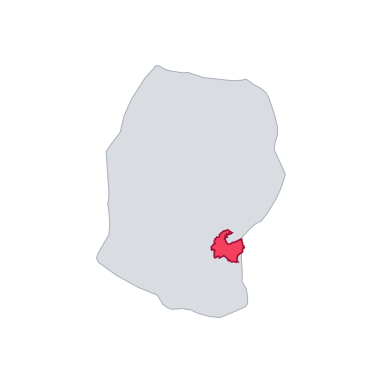 Mphaki, Quthing, Lesotho (highlighted), rotated 326°
{"feature_id": "5366337B73026559585968", "entity_name": "Mphaki", "entity_type": "district", "adm_level": 2, "iso_a3": "LSO", "parent_name": "Lesotho", "parent_adm1": "Quthing", "projection": "natural_earth1", "projection_center": [28.183, -30.161], "detail": "fine", "context": "in_parent", "style": "filled", "palette": "rose", "viewbox_px": 384, "rotation_deg": 326, "n_neighbors": 0, "source": "geoboundaries", "source_scale": "gbopen_adm2", "svg_char_len": 6190}
<svg xmlns="http://www.w3.org/2000/svg" viewBox="0 0 384 384"><g transform="rotate(326 192 192)"><path d="M243.3,251.5L234.3,254.4L233.1,254.7L227.3,254.0L219.7,254.7L213.6,256.4L208.9,257.0L201.3,265.6L187.4,288.8L183.7,293.7L182.7,302.8L179.5,310.0L175.6,315.7L171.7,317.0L160.1,314.8L145.3,311.9L136.7,304.9L129.0,295.7L125.0,289.0L120.8,285.3L119.3,283.3L113.3,280.2L111.0,278.6L109.0,277.4L106.5,273.0L105.1,269.1L105.6,258.3L101.4,251.9L94.1,241.0L89.5,232.0L83.1,219.7L79.2,209.2L75.2,198.3L75.7,193.7L79.5,190.5L90.7,185.0L99.4,180.8L105.6,173.0L112.4,161.4L115.7,154.5L119.0,151.3L122.6,146.4L128.9,135.5L135.9,123.4L143.4,110.5L152.8,106.7L165.8,102.4L178.2,91.0L193.1,81.5L217.0,71.1L228.2,68.5L232.4,67.0L235.1,68.9L238.0,74.9L242.0,79.8L251.5,88.5L255.5,90.6L265.2,103.3L275.6,112.1L287.6,122.2L295.8,127.2L299.9,128.6L303.3,137.6L306.8,144.2L308.8,150.5L308.4,156.5L304.5,171.4L299.0,186.5L294.5,192.8L289.1,196.8L283.8,202.8L281.8,215.0L279.4,229.3L272.5,235.2L267.1,239.0L259.7,243.8L243.3,251.5Z" fill="#d9dde1" stroke="#a8b0b8" stroke-width="1"/><path d="M191.1,275.5L191.0,275.1L190.5,274.4L190.6,274.2L190.9,274.0L191.2,273.9L191.5,273.4L191.7,273.0L191.7,272.9L192.1,272.6L192.2,272.2L192.6,272.1L192.8,271.8L193.1,271.6L193.4,271.4L193.4,270.9L193.4,270.6L194.0,270.5L194.3,270.3L194.7,270.4L195.1,270.3L195.3,270.2L195.8,270.2L195.9,269.9L196.1,269.7L196.6,269.7L196.9,269.7L197.0,270.0L198.1,270.0L198.5,270.3L199.0,270.2L199.5,270.0L199.8,270.1L200.1,270.1L200.4,270.0L200.9,269.4L200.9,268.8L201.1,268.4L201.7,268.3L201.9,268.0L202.3,267.9L202.7,267.5L202.8,267.1L203.1,267.4L203.6,267.5L203.8,267.6L204.1,267.4L204.3,267.4L204.5,267.2L204.5,266.8L204.2,266.3L204.2,266.2L204.3,266.0L204.3,265.8L204.4,265.5L204.6,265.4L204.3,265.2L204.3,264.8L204.4,264.7L204.6,264.6L204.7,264.4L204.7,264.2L204.7,263.6L204.8,263.4L205.1,262.9L205.5,262.4L205.3,262.3L205.3,262.1L205.6,261.5L205.6,261.2L205.8,260.7L206.1,260.0L206.2,259.5L206.6,259.6L206.7,259.3L206.7,258.8L206.6,258.5L206.4,258.2L206.2,258.2L205.6,258.1L205.3,258.2L205.2,258.5L204.9,258.7L204.2,258.3L203.9,257.9L203.6,257.9L203.2,258.0L202.1,258.0L201.8,258.1L201.6,257.9L201.3,257.8L201.0,257.6L200.7,257.4L200.2,257.4L199.6,257.7L199.4,257.7L199.0,257.2L198.4,257.2L198.0,256.8L197.6,256.4L197.4,256.4L196.7,256.3L196.4,256.4L196.0,256.4L195.7,256.7L194.2,256.5L193.8,256.0L193.4,255.8L193.3,255.7L193.1,255.6L192.8,255.4L192.7,255.2L192.3,254.5L192.2,254.3L192.5,254.0L192.5,253.5L192.6,253.4L192.7,253.2L192.6,252.6L192.3,252.4L192.2,252.2L192.5,251.3L192.9,251.0L192.8,249.6L192.8,249.3L192.8,249.0L192.8,248.8L193.2,248.6L193.6,248.2L193.8,248.1L194.0,248.1L193.9,248.3L194.0,248.6L194.0,248.8L194.5,248.2L194.6,247.9L194.7,248.4L195.0,248.7L195.2,249.1L195.3,249.2L195.2,249.0L195.3,249.0L195.6,249.1L195.3,248.5L195.3,248.4L195.7,248.4L196.0,248.6L196.1,248.3L195.8,248.0L195.7,247.8L195.9,247.6L196.2,247.6L196.3,247.4L196.1,247.1L196.1,246.8L196.3,246.8L196.5,247.0L196.7,247.6L196.8,247.7L197.0,247.7L196.8,247.5L196.8,247.4L196.9,247.1L197.0,247.0L197.3,247.1L197.2,246.8L197.0,246.7L197.0,246.4L197.0,246.2L197.5,246.2L197.6,247.0L198.0,247.2L198.4,246.9L198.6,247.3L198.7,247.6L199.0,247.9L199.2,247.7L199.3,247.5L199.4,247.3L199.4,247.1L199.6,246.9L199.7,247.1L199.7,247.3L199.8,247.4L200.1,247.6L200.2,247.9L200.0,248.1L200.3,248.3L200.8,248.4L200.8,248.1L200.9,247.9L201.0,247.9L201.3,248.0L201.6,248.3L201.8,248.3L202.4,248.3L202.3,248.2L202.2,248.2L202.4,248.1L202.2,247.8L201.9,247.0L201.4,246.5L201.5,246.4L201.7,246.2L201.3,245.7L201.1,245.4L201.1,244.4L200.8,244.0L200.6,243.7L200.3,243.5L200.3,243.3L200.2,243.1L199.7,243.0L199.2,243.2L198.3,243.1L197.5,242.8L197.4,242.7L197.5,242.4L197.1,242.4L195.9,241.9L195.2,241.9L194.9,242.0L194.6,242.4L193.8,242.4L193.4,242.2L193.1,242.2L192.8,242.4L192.0,242.7L191.8,242.7L191.2,242.6L190.8,242.6L190.7,242.8L190.7,243.3L190.3,244.0L190.1,244.1L189.7,244.2L189.2,244.5L188.8,244.6L188.4,244.0L188.3,243.9L187.4,243.2L187.2,243.1L186.8,243.5L186.4,243.7L186.2,243.8L185.4,243.7L184.9,243.7L184.7,243.8L184.6,244.1L184.3,244.3L183.9,244.6L183.6,244.7L183.2,244.9L183.0,245.1L182.8,245.3L182.3,246.5L182.3,246.8L182.6,247.4L182.7,247.7L182.6,247.9L182.3,248.0L182.0,247.9L181.9,247.8L181.8,247.4L181.6,247.3L181.0,247.2L180.4,247.3L179.5,247.8L179.2,247.8L178.8,247.9L177.6,248.1L177.3,248.2L177.1,248.4L176.9,248.8L176.4,249.8L176.3,250.0L176.1,250.0L176.0,250.3L176.0,250.5L175.9,250.8L175.9,251.2L176.2,251.1L176.4,250.9L176.5,250.4L176.6,250.5L176.5,250.9L176.8,250.8L176.9,251.3L177.1,251.3L177.3,251.0L177.5,251.0L177.4,251.2L177.5,251.4L177.5,251.8L177.5,252.0L177.4,252.2L177.2,252.2L177.2,252.3L177.6,252.6L177.7,252.8L178.4,252.9L178.5,253.0L178.4,253.2L178.4,253.4L178.3,253.5L178.2,253.5L177.8,253.6L177.7,253.8L177.2,254.1L177.1,254.3L176.8,254.3L176.7,254.6L176.4,254.7L176.3,254.8L176.1,255.1L176.1,255.3L175.9,255.5L175.7,256.2L175.6,256.4L175.4,256.5L175.2,256.7L175.1,256.9L175.1,257.0L174.9,257.3L174.7,257.2L174.6,257.4L174.4,257.9L174.4,258.3L174.3,258.5L174.4,258.8L174.0,258.7L174.0,258.9L174.1,259.2L174.1,259.8L174.1,259.7L174.5,259.8L174.7,259.6L175.1,259.7L175.3,259.8L175.9,259.6L176.3,259.6L176.6,259.6L176.8,260.0L177.0,260.0L177.0,259.9L177.3,259.7L177.5,259.6L178.1,260.0L178.3,260.3L178.3,260.5L178.3,261.0L178.1,261.4L178.0,261.9L177.8,262.1L178.0,262.3L178.2,262.2L178.9,262.1L179.1,262.1L179.3,262.3L179.7,262.2L180.3,262.4L180.9,262.4L181.3,262.5L181.5,262.7L181.8,262.5L182.0,262.6L182.5,262.4L182.8,262.6L182.8,262.8L183.0,263.0L183.1,263.3L183.2,263.6L183.3,264.0L183.2,264.3L183.3,264.7L183.4,264.8L183.6,264.9L183.7,265.2L183.7,265.9L184.0,266.6L184.1,266.8L184.1,267.4L183.9,267.3L183.8,267.5L184.0,267.7L184.0,268.0L184.0,268.3L183.7,268.5L183.9,268.7L183.9,268.9L184.1,269.0L184.2,268.9L184.3,268.7L184.4,269.0L184.3,269.3L184.5,269.2L184.5,269.3L185.0,269.4L185.0,269.5L185.1,269.8L185.0,270.1L185.1,270.4L185.1,271.0L185.3,271.3L185.7,272.2L186.0,272.3L186.3,272.5L186.6,272.6L186.9,272.6L187.1,272.8L187.6,273.0L188.2,273.5L188.5,274.0L188.9,274.0L189.1,274.1L189.2,274.3L189.1,274.5L189.3,275.1L189.8,275.2L190.2,274.9L191.1,275.5Z" fill="#f43f5e" stroke="#9f1239" stroke-width="1.5"/></g></svg>